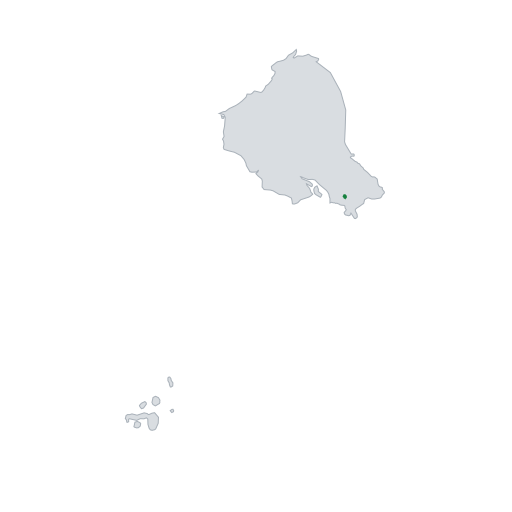 location of Balsas, El Oro, Ecuador, rotated 294°
{"feature_id": "8360857B29129198314993", "entity_name": "Balsas", "entity_type": "district", "adm_level": 2, "iso_a3": "ECU", "parent_name": "Ecuador", "parent_adm1": "El Oro", "projection": "robinson", "projection_center": [-79.838, -3.774], "detail": "fine", "context": "in_parent", "style": "filled", "palette": "green", "viewbox_px": 512, "rotation_deg": 294, "n_neighbors": 0, "source": "geoboundaries", "source_scale": "gbopen_adm2", "svg_char_len": 4480}
<svg xmlns="http://www.w3.org/2000/svg" viewBox="0 0 512 512"><g transform="rotate(294 256 256)"><path d="M461.0,208.8L459.6,209.8L456.2,210.2L453.5,209.3L452.4,209.3L452.3,210.3L455.8,212.8L457.5,217.4L459.9,220.2L461.5,221.6L461.6,222.5L461.1,224.4L461.0,225.9L461.8,232.8L461.3,233.2L459.4,233.2L457.9,232.0L453.8,249.3L440.7,266.4L425.9,278.6L408.8,285.6L396.3,290.5L394.3,292.3L388.2,301.0L387.9,301.8L388.8,303.3L388.8,304.2L387.9,304.8L387.1,304.9L386.8,304.4L386.5,303.4L385.7,302.4L384.7,302.0L384.1,302.3L384.1,303.3L382.8,307.9L382.8,310.2L382.2,311.1L382.3,313.1L381.0,315.0L380.0,318.1L379.0,319.1L377.7,323.9L375.7,328.7L375.6,330.3L376.2,331.5L376.4,332.4L375.6,335.4L371.2,338.3L370.0,339.7L369.6,341.3L369.9,342.7L369.7,343.8L368.3,344.2L366.9,347.0L365.8,347.6L363.0,346.6L361.0,346.6L359.4,345.8L356.3,341.2L355.1,338.5L354.8,334.7L351.7,332.3L347.7,333.0L346.5,332.1L343.6,330.5L341.0,328.7L339.1,327.8L337.7,328.3L335.3,331.3L333.0,332.6L332.0,332.5L330.6,331.6L330.4,330.6L333.8,325.3L331.3,325.3L330.4,324.1L330.3,322.8L329.9,321.4L330.4,319.7L331.7,318.8L333.7,319.5L335.0,319.6L336.0,318.0L337.8,316.8L338.1,316.0L337.2,313.4L336.9,312.0L337.2,311.2L337.1,308.4L336.5,307.4L336.5,305.8L336.0,305.0L335.8,303.1L334.5,302.0L338.6,300.2L340.1,298.8L342.0,297.5L343.6,295.5L344.6,293.6L347.1,284.7L349.4,279.1L349.0,276.4L347.1,272.7L346.7,267.4L346.8,265.7L346.6,264.5L345.3,266.7L345.6,274.6L344.5,278.2L342.9,279.0L341.9,278.4L342.5,272.7L341.3,273.7L339.5,277.6L336.4,280.5L336.2,281.5L335.5,282.7L333.1,281.6L331.4,280.4L325.5,273.9L321.6,272.5L319.3,270.2L318.8,269.3L318.5,268.0L320.9,266.6L323.3,264.8L323.6,260.7L323.5,257.6L321.7,252.2L322.5,245.1L322.1,242.3L320.0,236.4L321.5,233.5L327.0,231.3L328.7,229.9L330.0,225.2L331.2,222.4L333.6,223.5L335.6,223.4L333.0,222.4L330.9,218.2L330.5,216.2L334.6,210.5L336.7,209.0L339.3,206.0L341.5,201.4L342.0,194.1L341.1,189.0L340.4,183.5L341.7,182.1L345.1,181.3L347.8,179.6L349.1,177.9L352.3,178.2L356.1,175.7L362.0,174.4L370.2,171.5L372.1,169.0L371.2,164.4L374.3,167.2L375.7,169.3L380.0,171.7L385.0,176.1L388.3,178.3L391.9,180.2L397.1,182.3L400.3,182.0L401.6,185.2L402.8,186.2L405.8,187.3L406.2,187.7L407.3,193.7L408.0,194.6L410.6,195.5L413.8,195.9L415.1,195.7L417.9,197.4L422.2,198.7L423.8,198.9L424.5,198.7L424.7,198.0L426.0,198.2L427.9,198.9L430.6,199.1L432.3,198.4L432.6,195.0L433.3,194.3L435.2,193.0L436.2,193.3L441.3,196.0L442.4,196.9L443.7,198.7L446.0,201.5L448.6,203.2L452.6,204.0L456.5,206.9L461.0,208.8ZM59.7,205.1L61.3,206.9L62.2,212.1L67.2,217.6L67.8,220.7L67.4,222.1L67.6,222.7L70.1,224.9L71.6,227.1L69.0,232.5L63.4,234.7L57.3,234.7L56.1,234.1L54.5,232.0L54.2,230.2L55.1,228.5L58.2,225.8L63.0,223.5L63.6,221.7L61.7,219.9L60.3,216.4L57.3,213.9L55.8,206.4L54.8,206.1L52.8,207.1L51.8,206.2L51.6,205.7L53.8,204.0L54.2,202.8L57.5,202.2L58.9,203.2L59.7,205.1ZM83.3,227.7L82.0,227.8L78.1,225.0L78.4,222.3L79.9,220.5L84.9,219.5L87.0,221.3L86.9,224.5L85.2,226.9L83.8,227.3L83.3,227.7ZM339.3,290.3L338.9,291.3L336.5,291.2L335.8,290.9L336.4,285.7L337.0,284.0L339.0,282.4L340.6,281.6L342.7,281.7L344.9,283.2L342.3,285.9L340.3,286.6L339.3,290.3ZM55.9,218.9L53.4,219.4L51.3,218.4L50.4,216.9L50.2,214.6L50.4,213.9L55.0,213.0L56.6,214.9L56.6,217.7L55.9,218.9ZM106.3,231.7L103.4,232.8L101.7,231.7L101.5,231.0L103.2,229.3L104.8,228.3L106.2,226.3L108.8,225.1L109.6,225.4L110.1,225.8L110.3,226.5L109.4,228.1L107.8,229.2L106.3,231.7ZM77.3,215.3L76.1,216.1L71.4,215.1L69.9,213.5L71.1,211.2L72.1,210.3L74.9,211.2L77.8,213.7L77.3,215.3ZM81.1,243.8L80.1,243.9L78.7,242.7L79.8,240.5L81.7,241.6L82.2,242.5L81.1,243.8ZM370.0,170.2L368.6,170.4L367.9,169.0L369.7,167.5L370.2,167.1L370.0,170.2Z" fill="#d9dde1" stroke="#a8b0b8" stroke-width="1"/><path d="M346.3,314.4L346.4,314.2L346.5,314.1L346.8,314.0L346.8,313.9L346.8,314.0L347.0,314.0L347.3,314.0L347.3,313.9L347.3,313.7L347.3,313.4L347.4,313.2L347.5,313.1L347.7,312.9L347.8,312.9L347.9,312.7L347.7,312.5L347.7,312.4L347.7,312.2L347.7,311.9L347.6,311.7L347.4,311.7L347.2,311.7L347.0,311.8L346.9,311.8L346.9,311.7L346.7,311.7L346.4,311.6L346.2,311.6L345.9,311.7L345.9,311.8L345.8,312.0L345.7,312.1L345.6,312.3L345.8,312.5L346.0,312.5L346.0,312.4L346.3,312.4L346.3,312.5L346.3,312.8L346.2,312.8L346.1,313.0L345.9,313.2L346.0,313.2L346.0,313.3L345.9,313.3L346.0,313.4L345.9,313.4L345.9,313.5L345.8,313.8L345.8,314.0L345.7,314.0L345.8,314.1L345.7,314.2L345.8,314.2L345.8,314.3L346.0,314.4L346.3,314.4L346.3,314.4Z" fill="#22c55e" stroke="#15803d" stroke-width="1.5"/></g></svg>